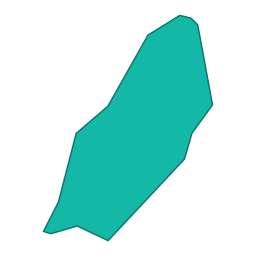 the border of Isle of Man
{"feature_id": "IMN", "entity_name": "Isle of Man", "entity_type": "country or territory", "adm_level": 0, "iso_a3": "IMN", "parent_name": "Europe", "parent_adm1": "", "projection": "mercator", "projection_center": [-4.545, 54.233], "detail": "fine", "context": "isolated", "style": "filled", "palette": "teal", "viewbox_px": 256, "rotation_deg": 0, "n_neighbors": 0, "source": "natural_earth", "source_scale": "50m", "svg_char_len": 303}
<svg xmlns="http://www.w3.org/2000/svg" viewBox="0 0 256 256"><path d="M184.5,159.0L108.1,240.6L77.2,226.0L50.9,233.7L43.5,231.4L58.5,201.9L76.2,133.4L107.9,106.2L148.0,35.1L179.8,15.4L190.8,18.1L197.7,24.8L212.5,104.9L192.0,133.1L184.5,159.0Z" fill="#14b8a6" stroke="#0f766e" stroke-width="1.5"/></svg>